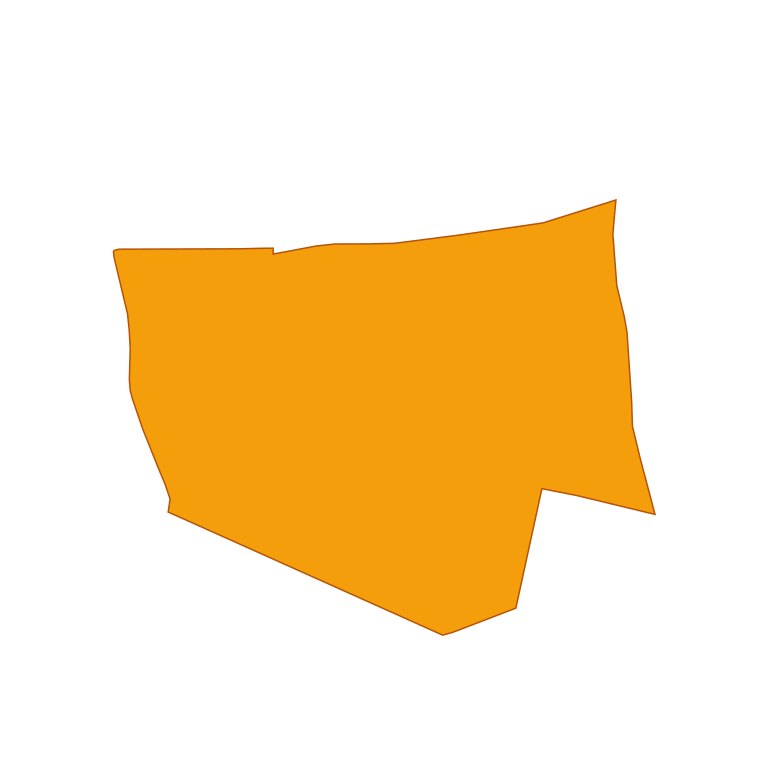 outline of Lipova, Arad, Romania, rotated 193°
{"feature_id": "2599482B8806038231558", "entity_name": "Lipova", "entity_type": "district", "adm_level": 2, "iso_a3": "ROU", "parent_name": "Romania", "parent_adm1": "Arad", "projection": "natural_earth1", "projection_center": [21.522, 46.238], "detail": "fine", "context": "isolated", "style": "filled", "palette": "amber", "viewbox_px": 768, "rotation_deg": 193, "n_neighbors": 0, "source": "geoboundaries", "source_scale": "gbopen_adm2", "svg_char_len": 710}
<svg xmlns="http://www.w3.org/2000/svg" viewBox="0 0 768 768"><g transform="rotate(193 384 384)"><path d="M270.4,152.5L261.6,157.2L205.1,195.3L206.6,317.5L171.6,318.7L90.6,317.9L118.6,371.0L132.5,398.9L138.3,421.0L158.9,489.2L165.2,504.0L179.3,532.2L194.7,581.5L198.0,605.0L199.4,615.5L265.4,576.7L346.8,545.1L405.6,523.4L429.5,517.3L463.6,509.3L481.1,503.2L521.2,485.7L522.6,491.4L529.3,489.8L557.4,482.7L625.8,466.7L672.7,455.7L676.9,453.5L677.1,452.9L677.4,452.0L675.5,446.7L649.7,394.7L644.3,378.9L639.2,361.2L633.1,330.9L629.8,320.5L625.7,312.8L608.8,285.6L585.8,252.5L574.9,237.3L566.6,223.9L566.1,218.5L565.8,214.6L565.5,210.7L270.4,152.5Z" fill="#f59e0b" stroke="#b45309" stroke-width="1.5"/></g></svg>